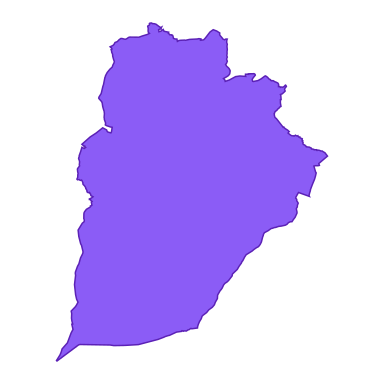 Bengesti-Ciocadia, Gorj, Romania (orthographic projection)
{"feature_id": "2599482B44162004756162", "entity_name": "Bengesti-Ciocadia", "entity_type": "district", "adm_level": 2, "iso_a3": "ROU", "parent_name": "Romania", "parent_adm1": "Gorj", "projection": "orthographic", "projection_center": [23.617, 45.092], "detail": "fine", "context": "isolated", "style": "filled", "palette": "violet", "viewbox_px": 384, "rotation_deg": 0, "n_neighbors": 0, "source": "geoboundaries", "source_scale": "gbopen_adm2", "svg_char_len": 5833}
<svg xmlns="http://www.w3.org/2000/svg" viewBox="0 0 384 384"><path d="M197.5,328.0L197.6,326.7L198.3,324.4L199.5,321.6L201.1,319.0L201.6,317.8L202.0,316.3L203.1,315.2L206.6,312.6L208.7,309.9L212.4,307.2L214.4,304.8L215.3,302.3L217.4,298.6L217.6,295.1L220.0,290.9L221.1,289.6L222.1,288.2L223.7,284.8L225.0,283.3L226.9,282.1L228.6,280.5L232.2,275.8L232.3,274.5L232.5,274.0L237.3,269.4L239.0,266.4L241.3,263.2L242.0,261.6L242.8,260.7L244.6,257.1L246.2,254.7L252.2,251.0L253.9,249.5L256.6,247.6L258.1,246.9L259.3,245.7L260.3,244.2L261.4,242.0L262.7,236.8L263.2,235.7L263.5,234.3L264.4,232.7L268.3,230.6L271.0,228.6L272.7,228.2L274.2,227.6L275.7,227.4L278.6,226.4L281.2,226.1L285.3,225.2L287.0,224.3L287.9,223.2L288.9,222.4L290.3,221.8L292.0,221.7L293.5,219.4L295.1,217.3L297.0,213.1L297.0,212.0L296.4,209.2L296.4,208.4L297.3,207.0L297.4,205.3L298.2,203.2L298.0,202.7L296.7,200.7L296.8,200.1L296.8,199.7L296.5,199.0L295.7,198.1L296.0,196.9L298.5,192.5L309.4,196.4L309.1,195.8L309.1,195.1L309.6,193.0L310.3,190.9L310.5,189.5L312.3,184.7L314.6,179.1L315.5,176.0L316.2,172.9L315.6,172.0L313.9,166.1L315.4,165.7L318.0,165.7L319.4,165.4L318.8,163.5L327.5,156.1L324.9,152.7L323.1,151.7L322.2,151.0L320.9,151.0L319.6,150.4L317.9,150.1L317.5,150.1L317.0,150.5L316.8,150.4L316.7,149.8L316.5,149.7L314.2,149.8L313.9,149.4L313.2,149.4L312.9,149.0L311.5,149.0L311.2,148.0L310.0,147.6L309.7,147.2L306.3,146.8L306.2,146.3L305.3,145.7L305.0,145.2L303.3,144.4L302.9,143.4L303.1,142.5L302.6,141.9L302.7,141.5L302.3,141.1L302.7,140.6L302.2,140.2L302.1,139.6L302.3,138.8L302.1,138.6L301.7,138.6L300.0,137.7L299.8,136.9L299.0,137.1L298.2,136.5L297.9,135.7L297.5,135.9L296.3,135.8L295.5,135.2L294.0,136.1L293.6,135.8L292.1,135.8L290.8,135.3L288.1,133.1L288.6,132.1L289.2,131.6L287.6,130.1L285.2,128.6L284.3,127.8L283.8,127.0L283.2,127.3L276.3,118.5L275.2,117.7L274.9,117.3L274.4,115.4L274.2,113.4L274.7,112.9L274.9,112.0L275.2,111.5L276.8,110.4L277.8,109.0L278.9,108.3L279.5,107.3L281.0,106.4L280.4,102.9L280.4,99.7L281.1,99.6L280.8,95.4L280.4,94.5L282.3,93.8L285.1,91.2L285.1,90.8L284.6,89.6L284.6,89.1L285.0,88.2L286.4,86.5L286.3,86.1L285.6,85.1L285.3,85.2L284.1,86.5L282.7,87.3L281.9,87.0L280.8,87.1L280.5,87.4L280.3,87.4L280.2,87.0L279.7,86.5L278.5,86.6L278.6,84.3L277.9,83.1L276.4,82.3L275.0,81.8L273.2,80.7L271.2,80.7L270.5,80.1L270.5,79.7L268.8,78.8L267.6,77.3L265.6,75.9L264.8,76.1L261.2,78.8L257.9,80.6L253.2,81.5L252.6,81.3L252.2,79.3L253.2,77.8L255.3,75.2L255.2,74.7L254.7,74.0L254.0,73.7L248.4,73.8L248.5,74.3L248.1,74.3L245.5,74.2L245.4,75.6L245.7,76.4L239.8,76.0L235.6,76.6L229.3,80.0L225.2,81.4L225.0,80.3L224.3,79.3L223.5,78.5L226.6,76.8L228.4,75.6L229.7,73.9L230.1,71.5L230.1,70.5L229.1,68.6L228.4,67.8L226.6,66.2L225.6,64.4L226.4,63.6L227.3,61.3L226.6,59.1L226.8,58.3L227.3,57.1L226.8,55.6L227.1,53.5L227.0,51.7L227.3,49.6L227.0,46.6L227.1,45.2L227.3,44.3L226.7,42.6L226.7,41.7L226.9,39.9L227.2,39.1L225.9,39.0L224.6,39.8L222.7,38.9L222.4,38.2L220.0,35.4L219.6,34.3L219.8,33.0L216.7,31.0L213.2,29.7L210.0,32.0L205.3,38.1L203.7,39.8L200.7,40.3L200.5,40.2L201.1,39.3L201.0,38.9L199.6,38.8L199.0,38.6L197.2,39.0L189.5,39.4L185.5,40.3L184.5,40.1L180.3,40.3L179.0,40.5L177.4,41.4L176.9,39.0L175.3,39.0L173.5,38.4L173.0,36.2L172.6,35.3L172.4,35.1L171.7,35.2L171.5,34.8L169.8,34.8L169.5,34.2L168.3,33.4L168.7,32.2L164.1,31.3L163.2,29.4L160.7,31.3L158.9,31.7L158.6,29.7L159.6,29.1L161.1,29.0L161.2,28.0L161.6,27.1L160.9,27.5L160.5,27.4L159.0,26.5L156.0,24.2L154.2,23.7L152.3,23.6L151.7,23.0L150.0,23.1L149.4,23.5L149.6,24.4L149.4,25.0L148.0,25.8L147.7,26.4L148.2,28.2L148.1,30.7L148.2,31.9L148.5,32.6L149.4,33.4L147.2,34.5L142.2,36.0L138.9,37.2L129.7,37.1L128.6,37.4L126.6,38.8L125.2,39.3L122.0,38.5L120.8,38.5L119.1,39.7L117.3,41.6L115.0,42.5L114.0,44.4L113.0,45.4L110.1,46.8L110.9,47.6L111.4,47.7L112.0,49.0L111.8,49.3L111.1,49.6L111.7,51.3L111.6,51.8L111.8,52.5L112.6,54.3L112.7,56.2L113.7,59.9L114.3,61.2L114.2,62.1L113.9,63.1L112.8,65.2L112.6,66.0L112.2,67.1L109.9,69.2L107.2,72.5L105.5,75.7L105.3,76.7L104.9,77.5L103.5,84.6L102.9,86.3L101.2,93.5L99.0,97.0L98.7,98.1L99.0,98.7L101.6,101.6L102.2,103.0L102.7,106.5L103.6,109.8L104.1,111.1L104.4,113.7L104.1,117.4L104.3,118.3L104.4,119.7L105.5,122.7L105.6,123.2L105.3,124.9L106.4,125.6L110.5,127.0L112.2,127.3L111.4,132.1L110.9,132.9L107.8,132.0L107.2,131.5L106.6,129.9L102.7,127.8L96.2,133.0L90.1,137.0L81.9,144.3L83.4,145.6L84.6,146.1L84.2,146.4L85.6,147.5L84.2,148.5L81.9,147.3L80.7,151.4L79.2,155.6L79.2,156.5L78.6,158.2L78.7,159.0L79.1,159.8L79.6,161.8L79.3,164.9L79.6,165.9L77.7,168.4L77.4,169.1L77.7,172.0L78.1,173.3L77.8,174.7L77.7,177.4L76.9,179.1L77.5,179.8L79.1,179.5L79.9,180.2L80.5,180.4L81.6,180.1L82.1,180.9L82.9,182.8L82.9,183.8L83.1,184.4L84.5,185.8L85.6,187.5L85.8,188.7L86.3,189.2L87.0,190.8L86.9,191.1L87.1,191.3L87.1,191.9L88.0,192.6L88.4,192.7L89.5,192.4L89.8,192.9L89.9,193.5L90.6,194.1L90.9,195.6L93.0,196.8L91.6,197.9L89.3,199.0L89.4,199.5L90.4,199.3L90.6,200.1L92.1,201.5L91.3,202.1L91.7,203.9L91.8,205.4L90.4,206.0L90.5,206.6L90.0,207.2L86.4,209.3L84.6,211.7L84.1,212.7L83.9,213.8L83.8,218.6L84.2,219.6L84.3,220.9L84.0,221.8L82.3,223.2L78.1,230.1L78.8,236.5L80.7,243.9L81.5,245.3L83.0,251.6L82.9,252.9L82.5,254.0L80.5,258.0L78.9,263.8L77.5,266.3L75.4,272.1L75.3,273.5L75.6,275.3L74.5,284.6L75.6,294.7L76.6,299.2L78.0,302.2L76.4,305.2L75.4,306.7L71.2,311.1L71.7,313.6L71.5,318.2L71.9,321.0L72.7,324.0L71.8,324.2L73.0,329.4L71.1,333.0L67.4,342.9L62.1,348.9L61.1,352.3L60.0,354.9L56.5,360.5L57.0,361.0L78.7,344.8L80.1,344.5L110.1,345.0L113.8,345.6L124.8,345.4L138.4,344.6L158.1,339.4L163.9,337.2L165.3,336.5L168.6,335.5L169.4,335.4L176.5,332.1L181.5,331.4L181.5,331.1L182.0,330.7L182.4,331.0L183.2,330.9L183.4,331.2L184.2,330.9L186.5,331.0L187.8,330.0L189.2,329.6L190.7,328.5L191.3,328.5L191.7,328.8L197.5,328.0Z" fill="#8b5cf6" stroke="#5b21b6" stroke-width="1.5"/></svg>